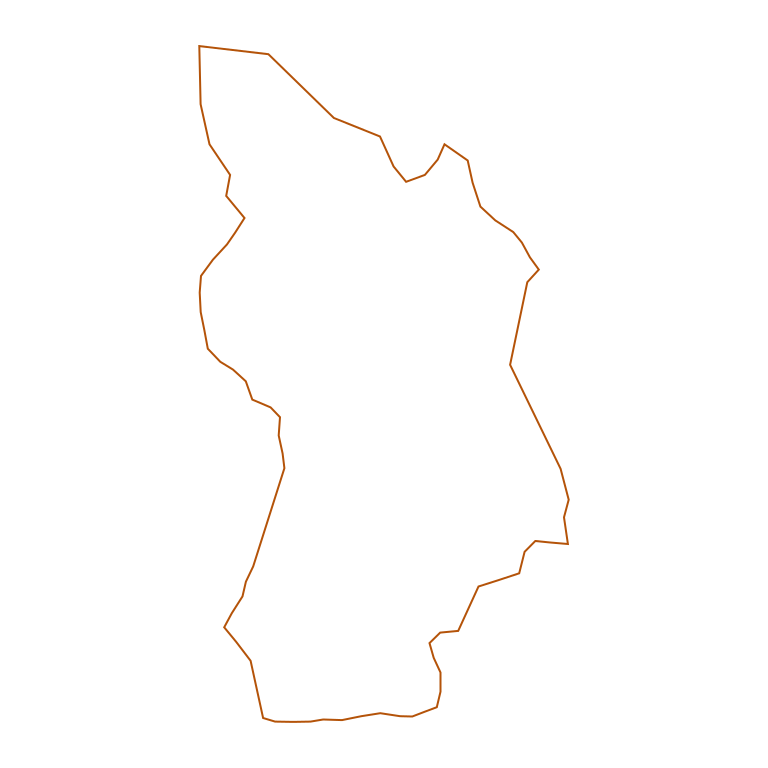 the district of Maratá, Rio Grande do Sul, Brazil
{"feature_id": "56859067B99972506028155", "entity_name": "Maratá", "entity_type": "district", "adm_level": 2, "iso_a3": "BRA", "parent_name": "Brazil", "parent_adm1": "Rio Grande do Sul", "projection": "orthographic", "projection_center": [-51.552, -29.545], "detail": "fine", "context": "isolated", "style": "outline", "palette": "amber", "viewbox_px": 768, "rotation_deg": 0, "n_neighbors": 0, "source": "geoboundaries", "source_scale": "gbopen_adm2", "svg_char_len": 1049}
<svg xmlns="http://www.w3.org/2000/svg" viewBox="0 0 768 768"><path d="M263.1,718.0L275.1,721.6L293.3,721.9L310.5,721.6L323.2,719.5L342.0,720.1L361.3,716.2L380.3,713.2L400.1,716.2L412.3,716.5L424.8,711.7L436.8,707.2L440.5,691.7L440.5,672.5L433.7,657.8L429.5,643.1L440.2,632.6L458.2,630.9L478.5,586.5L498.3,580.2L519.2,573.3L524.6,551.8L535.3,541.0L550.2,542.5L567.9,544.0L564.0,517.3L568.7,499.7L560.6,468.8L510.1,364.8L527.3,282.2L538.8,269.6L529.9,257.3L521.9,242.6L513.3,232.1L495.3,220.4L480.4,206.6L472.6,182.7L467.7,160.5L444.5,144.3L437.7,159.6L424.9,174.9L406.1,181.8L393.6,166.5L380.0,136.5L333.9,118.0L268.4,54.2L199.3,46.1L200.6,104.2L209.5,144.3L230.1,174.9L226.2,195.9L244.5,218.0L235.1,232.7L227.0,244.4L212.9,259.7L201.0,275.9L199.7,292.6L200.7,312.1L204.4,330.4L207.8,348.7L220.3,361.8L233.0,369.6L245.8,381.3L252.3,399.6L270.6,407.4L280.0,417.2L278.7,435.5L282.6,453.5L284.4,468.2L253.2,566.4L245.9,581.7L242.5,596.4L231.8,613.2L224.2,627.3L236.2,641.9L250.6,660.8L263.1,718.0Z" fill="none" stroke="#b45309" stroke-width="2"/></svg>